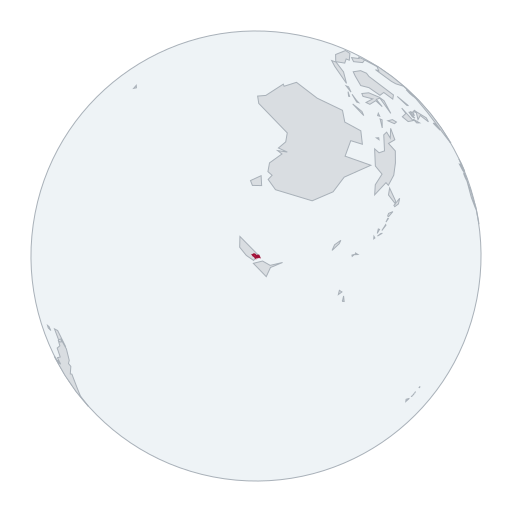 the Earth from above Tasman District, rotated 101°
{"feature_id": "NZL-3403", "entity_name": "Tasman District", "entity_type": "Unitary Authority", "adm_level": 1, "iso_a3": "NZL", "parent_name": "New Zealand", "parent_adm1": "", "projection": "orthographic", "projection_center": [172.619, -41.407], "detail": "fine", "context": "on_globe", "style": "filled", "palette": "rose", "viewbox_px": 512, "rotation_deg": 101, "n_neighbors": 0, "source": "natural_earth", "source_scale": "10m", "svg_char_len": 5755}
<svg xmlns="http://www.w3.org/2000/svg" viewBox="0 0 512 512"><g transform="rotate(101 256 256)"><circle cx="256" cy="256" r="225" fill="#eef3f6" stroke="#a8b0b8"/><path d="M283.8,160.8L284.1,162.3L283.7,162.5L283.8,160.8ZM394.9,433.4L392.8,435.0L394.2,433.5L399.7,428.6L395.8,430.8L399.6,427.0L393.7,431.5L392.5,428.9L384.3,433.6L381.6,431.4L376.1,434.2L377.8,432.3L377.6,430.9L375.1,431.5L383.4,424.4L394.1,419.4L397.3,419.6L399.7,416.7L407.2,415.8L407.1,414.2L420.3,406.0L427.0,401.6L435.8,391.7L423.4,406.8L409.7,420.7L394.9,433.4ZM368.0,81.3L366.5,78.3L370.3,81.2L368.0,81.3ZM363.6,75.9L364.5,77.0L363.3,75.9L363.6,75.9ZM361.4,74.7L363.0,75.6L361.3,74.9L361.4,74.7ZM358.6,73.5L360.1,74.0L359.9,74.1L358.6,73.5ZM353.9,70.8L352.7,70.1L354.0,70.3L353.9,70.8ZM367.0,436.5L381.5,425.4L374.5,431.5L375.9,433.8L366.0,439.9L367.0,436.5ZM368.3,443.2L366.2,446.2L363.9,447.4L364.8,445.7L368.3,443.2ZM133.1,67.2L132.6,67.8L129.0,70.5L122.0,75.4L126.9,71.4L125.4,72.5L133.1,67.2ZM107.5,86.6L107.6,86.9L101.9,93.4L82.3,115.2L71.1,128.9L69.2,132.1L67.7,133.0L61.2,143.5L60.3,151.6L58.7,156.5L50.3,174.3L50.9,170.8L47.0,173.3L42.9,186.8L45.8,188.2L46.6,197.3L43.0,200.0L42.5,192.5L41.2,193.1L43.9,181.9L46.8,172.5L54.0,156.4L62.4,140.8L72.0,125.9L82.8,111.9L94.7,98.8L107.5,86.6ZM111.3,406.1L113.7,405.5L114.8,408.1L111.3,406.1ZM77.1,197.0L81.5,194.6L81.5,195.6L77.1,197.0ZM72.3,197.4L77.0,194.0L71.8,200.0L72.3,197.4ZM78.9,192.6L83.8,187.3L85.9,184.4L85.7,186.5L78.9,192.6ZM69.3,200.1L54.8,214.9L49.7,219.0L50.4,214.4L58.6,205.2L69.3,200.1ZM50.0,214.8L43.0,216.3L37.2,207.3L39.2,202.5L46.0,201.8L45.4,205.1L49.7,205.7L50.0,214.8ZM69.2,177.2L68.7,185.7L60.2,193.1L56.6,195.7L54.1,188.7L55.5,182.4L58.2,179.4L71.7,151.8L75.9,151.7L71.1,161.8L74.6,165.0L69.2,177.2ZM79.3,136.8L72.4,147.8L79.4,135.0L79.3,136.8ZM84.7,126.4L84.0,129.3L82.7,128.0L84.7,126.4ZM67.1,136.2L64.1,140.3L65.0,138.3L69.5,131.9L67.1,136.2ZM97.4,99.3L93.6,104.9L91.7,107.5L92.1,105.3L97.4,99.3ZM254.5,254.2L260.8,257.5L257.3,265.6L250.5,273.7L239.9,275.5L254.5,254.2ZM183.0,275.8L176.2,266.3L185.8,263.9L187.4,273.0L183.0,275.8ZM259.7,248.6L262.5,240.3L257.3,228.7L264.5,239.6L274.3,242.0L263.7,257.2L259.7,248.6ZM129.2,248.8L105.7,282.4L98.7,284.9L96.5,277.0L82.1,262.0L84.0,260.8L77.8,249.4L89.4,226.1L96.5,198.9L107.6,194.4L113.1,177.0L126.0,172.9L124.7,185.0L141.0,187.6L145.0,160.6L161.8,184.5L178.3,192.6L191.1,211.4L187.2,249.5L178.5,258.7L173.7,255.6L170.9,260.4L162.0,260.5L150.9,250.0L148.4,254.9L148.0,245.1L145.7,254.6L138.3,248.6L129.2,248.8ZM224.4,175.7L228.1,176.7L236.0,182.4L230.0,181.0L224.4,175.7ZM274.9,164.8L278.1,167.8L273.8,167.6L274.9,164.8ZM283.7,162.5L278.5,162.4L283.8,160.8L283.7,162.5ZM235.6,159.6L238.0,161.5L236.8,162.0L235.6,159.6ZM234.0,158.9L235.1,156.2L235.8,159.0L234.0,158.9ZM214.1,144.0L215.6,142.7L216.7,143.7L214.1,144.0ZM88.3,190.1L93.9,179.6L97.6,177.0L88.3,190.1ZM210.7,141.3L206.1,141.1L206.3,139.8L210.7,141.3ZM210.4,138.1L209.5,136.3L213.3,140.6L210.4,138.1ZM201.0,134.3L207.0,137.3L200.4,134.7L201.0,134.3ZM197.9,134.9L193.9,133.8L194.0,133.2L197.9,134.9ZM159.2,142.4L173.3,151.2L163.3,152.5L151.6,147.9L144.9,156.0L128.2,160.0L131.2,154.9L128.3,149.9L112.7,153.7L109.5,151.4L114.6,146.7L105.0,148.2L115.4,141.9L120.2,147.4L126.3,139.3L138.0,136.9L150.4,136.2L161.4,139.6L159.2,142.4ZM116.5,158.1L118.4,157.4L117.1,160.4L116.5,158.1ZM186.3,130.1L192.1,133.4L191.6,134.4L188.9,134.0L186.3,130.1ZM163.8,137.8L175.2,129.6L178.1,129.3L170.8,137.6L163.8,137.8ZM171.9,126.0L177.7,126.1L181.1,129.2L180.0,130.3L171.9,126.0ZM95.2,161.2L95.0,163.4L92.5,163.2L95.2,161.2ZM98.3,158.2L106.2,156.5L97.8,160.3L98.3,158.2ZM77.4,164.5L79.3,167.8L85.3,160.6L80.7,168.1L85.4,173.2L84.3,177.3L79.5,171.4L78.9,181.4L76.3,183.1L74.3,176.5L76.6,165.4L79.2,159.9L90.3,150.9L77.4,164.5ZM98.1,152.4L96.1,148.1L97.7,143.7L99.7,145.4L98.1,152.4ZM91.4,138.9L87.5,136.1L83.0,141.2L93.1,127.6L95.0,132.3L91.4,138.9ZM89.6,129.0L85.3,133.6L90.4,126.3L89.6,129.0ZM84.8,132.4L85.3,128.9L88.2,127.3L84.8,132.4ZM91.7,127.8L94.1,120.9L94.7,123.6L91.7,127.8ZM86.7,121.6L91.2,123.0L83.7,126.4L87.9,115.2L91.4,112.3L86.7,121.6ZM135.2,68.1L136.8,66.4L141.3,64.0L138.9,65.8L135.2,68.1ZM157.4,55.8L143.0,62.8L131.8,69.3L133.2,68.9L127.0,73.9L127.1,72.5L138.0,65.0L145.8,60.9L150.9,57.6L159.1,53.5L163.5,50.9L168.3,48.7L166.8,50.0L157.4,55.8ZM179.5,44.1L182.2,43.2L181.3,43.6L173.7,46.5L170.7,47.6L165.0,50.0L171.5,47.2L179.5,44.1Z" fill="#d9dde1" stroke="#a8b0b8" stroke-width="1"/><path d="M254.9,253.5L255.0,253.5L255.0,253.4L255.5,252.9L255.8,252.7L255.7,252.9L255.8,252.9L256.0,252.7L255.9,252.7L256.1,252.5L256.7,252.4L256.9,252.5L257.0,252.5L256.4,252.5L256.3,252.8L256.2,252.9L256.2,253.0L256.2,253.4L256.3,253.4L256.3,253.5L256.5,253.6L256.7,253.8L256.8,253.8L256.9,253.7L257.0,253.6L257.2,253.8L257.3,253.9L257.3,254.0L257.3,254.3L257.2,254.4L257.1,254.5L257.3,254.7L257.3,254.8L257.3,255.0L257.3,254.9L257.2,254.8L257.2,255.0L257.3,255.1L257.4,255.3L257.4,255.5L257.5,255.6L257.7,255.8L257.9,255.9L258.0,255.9L257.9,256.0L257.9,256.3L257.8,256.5L257.6,256.5L257.3,256.9L257.2,257.0L256.9,257.3L256.9,257.5L256.7,257.7L256.7,257.8L256.7,258.0L256.4,258.4L256.3,258.8L256.2,258.8L256.0,259.1L255.9,259.2L255.8,259.4L255.7,259.4L255.6,259.5L255.6,259.4L255.5,259.5L255.4,259.5L255.2,259.3L255.2,259.2L255.1,258.9L254.9,258.9L254.8,258.7L254.7,258.8L254.6,258.7L254.5,258.4L254.4,258.3L254.4,258.2L254.5,257.9L254.5,257.7L254.5,257.4L254.6,257.2L254.9,257.2L255.0,256.9L255.2,256.7L255.2,256.4L255.4,256.3L255.4,256.2L255.5,256.0L255.8,256.0L255.8,255.9L255.9,255.7L256.1,255.4L256.2,255.2L255.9,255.0L255.8,254.9L255.7,254.9L255.6,254.7L255.4,254.6L255.2,254.6L255.2,254.4L255.2,254.2L254.9,253.9L254.9,253.6L254.9,253.5Z" fill="#f43f5e" stroke="#9f1239" stroke-width="1.5"/></g></svg>